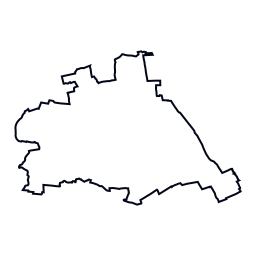 the district of Rosiesti, Vaslui, Romania
{"feature_id": "2599482B21360728377334", "entity_name": "Rosiesti", "entity_type": "district", "adm_level": 2, "iso_a3": "ROU", "parent_name": "Romania", "parent_adm1": "Vaslui", "projection": "robinson", "projection_center": [27.895, 46.447], "detail": "fine", "context": "isolated", "style": "outline", "palette": "ink", "viewbox_px": 256, "rotation_deg": 0, "n_neighbors": 0, "source": "geoboundaries", "source_scale": "gbopen_adm2", "svg_char_len": 5606}
<svg xmlns="http://www.w3.org/2000/svg" viewBox="0 0 256 256"><path d="M226.4,199.1L226.0,198.2L236.1,193.9L240.6,191.4L240.3,190.7L239.1,189.0L239.6,188.8L240.2,188.0L239.0,185.6L238.2,183.6L236.8,181.6L239.1,180.4L238.6,180.1L238.3,179.7L238.0,179.4L237.8,178.5L237.2,177.8L237.1,177.5L237.1,177.0L236.8,176.7L236.5,176.1L235.5,175.2L235.4,174.3L234.9,174.2L234.8,173.7L234.7,173.6L234.3,173.8L233.8,173.7L234.2,173.3L234.2,173.2L233.9,172.9L234.1,172.6L233.8,172.5L233.6,172.3L233.6,172.0L233.2,171.8L233.0,171.6L233.2,171.3L233.0,171.1L232.2,169.9L232.4,169.7L232.1,169.2L232.1,168.9L231.3,168.9L230.7,169.1L229.0,169.9L229.0,170.0L228.7,170.2L227.1,170.8L223.8,172.3L222.2,172.9L217.8,166.1L217.3,164.9L216.1,163.7L215.0,162.9L214.4,161.9L212.9,161.1L211.0,160.4L210.6,160.1L209.1,158.6L206.0,153.8L203.9,149.2L202.1,144.6L198.2,137.5L197.6,136.2L194.7,132.7L194.5,131.5L194.1,130.6L192.3,128.2L187.1,121.7L185.1,119.1L183.6,117.2L180.1,112.7L179.2,112.5L177.6,110.9L176.9,109.7L174.8,106.8L171.9,102.3L171.1,100.9L168.0,100.7L168.0,100.4L162.8,100.2L161.7,95.5L159.8,95.2L159.7,95.9L159.6,96.0L158.7,96.1L156.9,96.0L156.8,95.9L156.5,93.3L156.5,92.0L156.3,91.3L156.0,88.5L156.1,85.2L160.3,85.2L160.2,80.7L154.7,80.7L147.5,81.0L147.3,80.2L147.1,78.5L146.3,74.6L146.3,73.8L146.1,73.3L145.8,71.3L145.8,70.9L145.3,67.4L144.9,65.6L144.6,63.7L144.5,62.5L144.5,62.0L144.2,60.9L144.1,60.7L143.7,58.6L143.3,56.3L143.2,55.3L152.7,54.8L151.8,53.0L147.9,53.2L145.6,53.2L145.8,52.1L144.4,51.8L143.7,51.8L142.4,52.3L141.4,51.4L141.1,51.4L139.8,51.7L138.3,51.9L137.7,52.1L138.5,53.9L138.5,54.3L138.5,54.5L136.6,55.9L136.1,56.4L134.5,56.2L132.1,55.6L130.1,55.5L128.8,55.5L126.2,55.2L124.0,54.6L123.2,54.3L122.3,54.2L120.7,56.0L119.6,57.1L114.9,59.5L114.9,61.0L115.5,62.3L115.1,63.3L114.8,66.0L115.1,72.2L114.9,72.9L114.6,75.1L115.0,77.4L115.7,79.7L115.7,79.8L113.1,80.3L111.8,80.4L109.8,81.1L107.5,81.1L102.1,81.8L99.7,82.6L98.9,83.0L98.9,82.7L98.6,82.3L97.6,82.3L97.0,81.2L96.9,80.3L96.1,79.2L95.6,78.5L95.3,78.5L94.1,76.5L92.0,77.1L91.7,76.3L91.4,74.4L91.2,73.5L91.1,72.8L90.6,69.2L90.1,67.4L89.9,66.2L90.1,65.6L83.5,68.2L83.1,68.0L82.8,68.0L80.5,68.2L78.7,69.0L77.1,69.2L76.9,69.4L76.8,69.8L75.9,71.0L75.7,71.5L75.1,72.1L75.1,72.4L75.2,73.0L75.2,73.5L61.8,76.4L63.6,83.6L63.9,83.8L65.7,83.2L66.4,83.3L67.6,83.5L68.2,83.5L68.7,83.0L70.0,82.2L70.9,83.1L71.1,83.0L73.5,82.0L74.7,81.8L74.8,81.8L75.4,82.9L77.5,86.4L76.9,86.5L75.8,87.0L74.6,87.4L74.1,87.8L74.0,88.2L74.1,89.1L74.0,89.9L74.2,91.3L68.4,92.6L68.5,92.8L68.0,92.9L67.6,93.0L68.4,95.7L68.9,98.2L69.0,99.1L68.9,99.9L69.0,100.9L69.3,102.9L69.6,104.1L60.6,103.4L55.7,102.7L54.3,102.3L53.4,101.2L53.0,100.9L49.4,100.3L48.1,103.7L41.2,102.5L38.9,108.2L38.7,108.8L37.6,108.5L37.3,108.6L29.2,111.3L28.4,109.3L28.1,109.0L26.7,110.4L25.0,111.1L24.8,111.4L24.7,112.8L24.3,113.2L23.9,113.4L23.3,114.2L23.0,114.8L22.2,116.0L22.0,117.0L21.8,117.4L20.9,118.4L20.0,119.0L18.1,121.0L17.0,122.6L16.1,124.4L15.6,126.3L15.4,128.2L15.6,129.5L15.7,133.8L15.6,135.8L15.7,136.5L16.3,138.3L16.6,138.9L17.5,139.9L18.2,140.6L19.0,141.2L20.7,141.4L21.2,141.6L21.9,141.0L26.3,141.9L26.6,141.4L31.1,142.4L34.0,142.5L34.3,142.0L35.0,142.1L35.5,142.7L36.4,142.9L37.8,143.4L38.8,146.2L39.4,147.1L39.2,149.2L29.7,150.7L29.0,150.9L29.2,152.1L29.0,152.8L25.8,156.6L25.0,158.5L25.0,158.8L25.2,159.6L25.1,160.1L24.7,160.9L24.1,161.7L23.6,162.0L23.0,162.6L22.3,164.0L21.8,164.5L20.2,165.0L19.1,166.3L19.0,166.8L19.1,167.5L19.3,167.8L19.7,167.9L20.8,167.3L22.2,167.6L24.0,169.0L27.3,170.7L27.6,171.1L27.9,172.3L27.6,173.4L27.6,174.4L27.4,174.8L27.4,175.1L28.7,176.3L28.7,176.7L28.2,178.5L27.8,180.0L28.2,181.2L28.5,183.4L28.4,184.3L28.2,184.9L27.9,185.2L26.0,185.6L25.6,185.7L25.2,186.0L24.9,186.5L24.6,187.6L23.7,188.5L22.8,190.1L28.4,190.5L28.5,190.6L28.3,191.6L33.4,192.1L33.0,193.7L41.5,194.4L41.9,193.6L42.3,192.1L43.7,192.3L43.4,184.9L51.7,185.6L56.4,186.2L59.7,186.4L59.9,186.3L60.1,185.8L59.6,184.6L59.7,184.2L59.9,183.9L59.9,183.4L60.0,182.9L61.6,182.4L62.8,182.2L62.8,181.9L63.0,181.6L63.9,180.9L64.2,180.8L65.0,181.0L66.1,182.0L67.6,182.5L68.2,182.6L70.8,182.4L71.5,182.1L71.7,182.5L72.2,182.5L72.5,181.7L72.8,181.2L74.5,181.2L75.2,182.2L75.5,182.2L75.7,181.5L76.0,179.4L76.2,179.2L77.6,179.1L78.0,178.8L78.9,178.8L79.2,178.6L79.6,178.8L79.8,179.1L80.8,179.6L81.1,179.4L82.2,180.5L84.1,181.5L84.3,181.7L84.9,181.3L85.3,181.2L85.8,181.2L86.3,180.6L87.2,180.5L87.5,180.4L87.9,180.1L88.1,180.1L88.4,179.7L88.6,179.6L89.2,179.6L89.7,179.8L90.4,180.2L90.8,180.2L90.2,182.5L93.4,183.2L96.0,184.2L96.5,184.3L97.3,184.6L99.7,186.1L100.3,186.2L101.1,186.0L102.1,186.3L105.1,189.0L105.3,189.3L106.1,189.9L107.4,190.7L109.8,190.9L109.5,188.2L112.9,188.0L117.6,188.6L119.1,189.0L120.2,188.6L123.7,188.2L124.2,188.2L125.8,188.1L126.3,188.2L126.7,188.1L127.6,188.6L128.1,188.5L128.1,188.8L128.3,189.9L128.4,190.1L128.5,190.7L128.7,191.2L128.7,191.9L128.8,192.4L128.7,192.9L128.9,193.2L128.2,194.5L128.0,195.0L126.6,198.7L126.5,199.4L126.1,199.5L124.4,199.5L123.8,199.8L123.8,200.4L124.0,200.6L125.1,201.0L129.0,202.3L130.9,202.6L131.8,202.6L137.0,204.6L141.3,203.5L141.4,202.9L140.4,200.1L150.3,194.1L156.9,189.7L157.1,189.8L157.7,190.6L158.8,193.5L159.1,194.1L171.4,186.4L171.8,187.0L172.8,186.1L174.9,185.1L177.1,184.3L178.4,183.7L180.4,183.2L182.1,185.1L187.5,183.7L197.8,181.9L199.3,184.7L200.8,187.1L202.1,189.3L209.2,186.9L209.2,187.0L209.7,186.9L209.8,187.1L210.9,186.6L213.1,190.2L213.9,191.8L214.2,192.1L214.6,192.8L214.8,193.3L215.6,196.2L216.1,197.3L216.6,198.0L217.4,198.7L218.5,200.7L218.6,201.1L218.6,201.6L218.7,202.0L226.4,199.1Z" fill="none" stroke="#020617" stroke-width="2"/></svg>